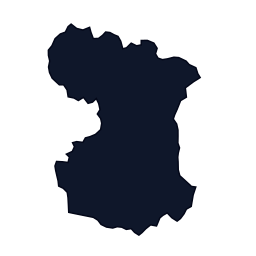 Tio Hugo, Rio Grande do Sul, Brazil (Albers equal-area conic projection), rotated 176°
{"feature_id": "56859067B27913775705239", "entity_name": "Tio Hugo", "entity_type": "district", "adm_level": 2, "iso_a3": "BRA", "parent_name": "Brazil", "parent_adm1": "Rio Grande do Sul", "projection": "albers", "projection_center": [-52.596, -28.583], "detail": "fine", "context": "isolated", "style": "filled", "palette": "ink", "viewbox_px": 256, "rotation_deg": 176, "n_neighbors": 0, "source": "geoboundaries", "source_scale": "gbopen_adm2", "svg_char_len": 1663}
<svg xmlns="http://www.w3.org/2000/svg" viewBox="0 0 256 256"><g transform="rotate(176 128 128)"><path d="M106.4,28.3L102.5,36.1L99.2,38.5L94.8,40.6L90.5,35.4L85.5,31.7L82.0,34.0L78.1,38.5L75.4,43.0L70.4,45.4L67.7,56.6L64.5,64.4L68.8,65.3L73.0,69.8L79.7,76.8L80.8,82.8L80.4,90.9L80.4,95.4L79.6,99.6L78.0,104.6L79.3,109.5L78.7,116.3L78.3,122.5L79.2,128.6L82.2,133.8L80.6,137.8L77.7,143.2L73.6,151.7L67.6,154.7L68.0,164.1L59.4,169.6L52.5,173.3L54.6,177.3L56.1,183.4L62.6,187.0L65.4,190.7L69.1,192.8L72.5,194.7L77.3,195.4L83.9,194.2L88.9,193.8L93.2,195.6L95.4,200.1L93.4,205.5L96.3,210.9L102.5,214.0L108.7,214.4L109.0,210.0L113.7,209.4L118.9,212.4L123.9,208.1L127.7,207.4L129.2,215.1L131.6,220.1L135.3,221.9L139.4,224.5L143.6,225.3L146.9,222.2L151.2,219.4L156.4,219.6L158.3,226.0L159.3,231.1L166.1,228.9L172.3,230.9L177.5,235.6L180.7,233.3L183.8,228.0L189.0,226.5L194.5,222.2L198.1,215.4L202.0,211.2L202.3,206.0L201.4,200.3L203.0,194.4L202.4,188.8L200.1,182.9L193.5,175.9L189.2,175.6L186.1,170.2L185.5,163.3L179.8,161.7L175.6,158.9L170.3,161.7L166.1,155.4L161.6,156.3L157.6,159.6L155.5,154.4L154.6,148.3L157.6,144.1L154.6,139.4L153.9,134.6L155.4,128.3L160.9,123.9L166.5,122.0L171.2,121.1L174.0,116.8L180.2,118.0L184.3,117.2L182.7,113.1L185.2,108.5L191.3,106.2L188.5,103.1L190.2,97.8L195.9,98.9L201.6,99.6L203.5,95.2L203.1,90.7L202.2,84.9L201.4,80.1L201.2,74.9L196.8,72.4L193.1,68.1L192.7,62.7L192.8,56.2L193.0,48.0L186.6,46.2L174.6,42.9L168.8,41.3L164.5,38.2L161.6,33.7L156.4,30.7L150.2,29.3L145.7,30.3L141.1,29.5L136.8,27.0L131.8,27.4L128.7,23.4L124.6,20.4L121.3,22.7L117.4,26.2L112.2,29.8L106.4,28.3Z" fill="#0f172a" stroke="#020617" stroke-width="1.5"/></g></svg>